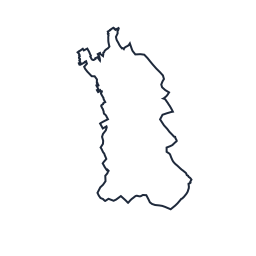 Kota Kediri, Jawa Timur, Indonesia, rotated 219°
{"feature_id": "22746128B79918158306090", "entity_name": "Kota Kediri", "entity_type": "district", "adm_level": 2, "iso_a3": "IDN", "parent_name": "Indonesia", "parent_adm1": "Jawa Timur", "projection": "albers", "projection_center": [112.028, -7.823], "detail": "fine", "context": "isolated", "style": "outline", "palette": "slate", "viewbox_px": 256, "rotation_deg": 219, "n_neighbors": 0, "source": "geoboundaries", "source_scale": "gbopen_adm2", "svg_char_len": 5669}
<svg xmlns="http://www.w3.org/2000/svg" viewBox="0 0 256 256"><g transform="rotate(219 128 128)"><path d="M105.3,56.3L102.6,57.1L101.6,56.9L99.9,56.9L99.8,57.0L98.6,60.7L93.4,62.4L92.2,64.9L90.7,70.6L84.8,70.3L83.7,70.2L82.8,70.1L82.1,70.0L81.5,69.9L80.9,69.9L80.8,70.9L80.7,73.1L80.6,74.1L80.4,75.4L80.1,76.5L79.8,77.8L79.6,78.8L79.3,79.8L78.9,80.5L78.4,81.0L77.7,81.3L76.9,81.7L76.1,82.1L75.5,82.6L75.0,83.4L74.6,84.5L74.3,85.3L71.5,87.3L67.1,85.4L64.2,84.0L61.5,84.1L58.5,85.2L55.0,87.5L52.4,89.0L49.6,90.0L43.7,91.7L42.5,97.4L42.1,100.6L42.0,104.3L42.0,106.5L41.7,106.9L41.4,107.6L41.4,108.5L41.2,109.6L41.2,110.7L41.2,112.2L41.2,113.3L41.3,114.4L41.4,115.2L41.6,116.1L42.0,117.2L42.4,118.1L42.6,118.8L42.8,119.2L42.8,119.3L43.2,119.9L43.3,120.1L43.8,120.7L43.9,120.9L45.8,122.6L45.9,122.8L45.7,123.1L45.2,123.8L45.0,124.7L45.0,124.8L45.6,124.9L45.7,125.1L45.8,125.6L46.0,126.7L46.1,127.3L46.2,127.8L47.7,128.2L48.3,128.3L49.0,128.3L49.9,128.2L50.4,128.3L51.2,128.7L51.5,128.6L52.2,128.5L52.7,128.4L52.9,128.5L54.0,129.2L54.5,129.4L55.0,129.5L55.8,129.5L56.3,129.5L56.7,129.5L57.5,129.5L58.1,129.5L58.9,129.5L60.4,129.4L61.5,129.5L62.4,129.5L63.2,129.6L64.6,129.7L66.1,129.8L67.8,129.8L69.3,129.9L71.1,130.2L72.2,130.5L73.4,131.0L76.3,132.5L78.1,133.6L78.6,133.8L79.0,134.0L79.5,134.1L80.0,134.1L83.0,133.8L85.7,137.1L83.8,140.4L82.7,142.8L82.7,143.7L82.5,144.8L82.3,146.6L82.1,147.3L81.9,148.4L82.0,148.6L82.2,148.8L82.5,149.0L82.9,149.2L83.9,149.6L84.4,149.8L84.8,150.0L85.1,150.2L85.4,150.5L85.5,150.6L85.8,150.8L86.0,150.7L86.3,150.6L87.0,150.2L88.4,150.5L93.4,151.1L97.0,152.0L101.7,152.7L108.5,154.9L109.5,160.0L107.2,163.7L104.6,167.5L103.4,168.9L105.4,169.8L106.8,170.4L108.9,171.2L109.4,171.4L111.2,171.9L112.8,172.5L114.0,172.8L116.7,173.6L117.7,173.7L118.1,173.5L119.0,173.2L118.9,173.4L118.2,176.8L118.2,178.8L118.5,181.5L122.9,180.9L127.1,181.1L129.5,182.7L130.5,185.9L130.9,188.7L133.9,190.8L138.4,191.5L143.4,192.0L148.8,192.9L152.7,193.7L156.8,194.6L161.5,195.2L164.8,193.2L168.6,189.8L172.7,190.7L174.0,191.3L179.5,194.7L179.8,194.9L179.7,193.9L179.3,193.7L179.3,193.3L179.8,192.2L179.8,191.9L180.8,189.6L181.1,188.6L181.1,187.8L181.1,187.5L180.9,186.7L181.8,186.8L182.3,186.8L182.8,186.5L182.9,186.1L184.6,186.4L185.8,186.7L187.2,187.2L188.7,187.9L189.9,188.4L191.8,189.1L192.8,189.7L194.7,191.2L195.6,195.0L197.2,196.8L197.2,197.8L197.9,199.6L198.3,199.7L198.4,199.3L198.9,198.3L199.5,197.0L199.3,196.8L199.5,196.4L200.6,196.8L201.3,196.8L201.3,196.6L201.8,196.8L202.5,196.7L203.7,192.9L203.4,192.7L203.8,191.8L204.0,191.1L204.1,190.9L204.4,190.2L203.4,189.5L202.5,189.1L202.7,188.6L202.8,188.4L202.2,188.0L201.4,187.7L200.7,186.4L200.5,186.1L200.0,185.6L198.2,183.4L197.2,182.4L195.3,180.8L193.7,179.6L193.7,178.5L193.8,177.0L194.3,175.8L194.7,173.5L194.6,173.0L194.5,172.7L194.3,172.0L194.3,171.8L194.5,171.3L194.6,171.0L194.5,170.8L193.6,169.8L193.5,169.5L193.2,169.0L192.7,168.2L196.2,168.1L197.0,168.7L197.5,167.7L197.6,167.2L198.0,166.4L197.1,166.0L196.7,166.2L194.8,165.1L193.6,164.2L193.2,163.8L193.0,163.5L192.5,163.2L192.2,162.7L192.7,162.8L193.9,163.2L194.9,163.4L196.2,163.9L196.3,163.6L196.8,162.7L197.3,161.6L196.8,161.2L197.5,159.2L198.6,158.6L199.7,158.7L201.5,159.5L202.3,159.8L202.3,160.1L202.2,160.4L202.2,160.6L202.4,160.9L203.1,161.1L204.5,161.8L205.5,162.4L205.9,162.6L207.3,163.2L208.2,163.5L208.9,163.8L209.6,164.1L210.3,162.6L210.8,161.4L211.2,160.5L213.0,161.1L213.3,160.1L214.1,157.1L214.3,157.1L214.4,156.8L214.8,155.1L214.1,155.0L213.9,155.0L213.5,155.1L211.9,154.5L211.7,154.3L211.8,153.8L210.7,153.5L210.8,152.9L210.7,152.7L210.6,152.1L210.4,151.8L210.2,151.6L209.9,151.7L209.6,151.6L209.0,151.6L208.6,151.2L208.7,150.9L208.1,150.7L208.0,150.1L208.1,149.7L207.4,149.5L207.3,149.4L206.4,149.1L207.0,147.4L206.1,146.9L205.6,146.7L205.3,147.2L205.0,147.8L204.7,147.6L204.0,149.1L203.5,150.5L202.9,151.8L202.7,152.2L203.1,152.4L202.6,153.5L200.4,152.1L200.6,148.0L198.5,147.0L195.1,146.2L188.8,145.4L186.5,147.2L182.7,146.2L180.7,143.5L180.1,143.1L179.9,143.6L179.6,143.4L179.2,143.2L178.8,143.0L178.0,142.7L177.7,142.5L178.0,141.7L179.0,141.8L179.2,141.5L178.9,141.4L179.0,141.0L178.4,140.8L175.4,139.5L176.0,137.9L175.0,137.5L173.8,137.1L173.4,137.9L173.4,138.0L173.5,138.3L173.7,138.8L173.4,139.9L172.0,139.3L171.5,140.1L171.4,140.1L171.2,139.8L171.1,139.4L171.0,139.0L171.0,138.7L171.1,138.4L170.8,137.9L170.7,137.8L170.6,137.7L170.4,137.6L170.2,137.6L169.4,137.2L168.3,136.8L167.4,136.4L166.7,136.2L166.1,136.0L165.4,135.3L165.0,135.1L164.2,134.7L162.0,133.8L162.8,131.9L162.8,131.6L162.4,130.9L163.0,129.0L162.9,128.6L162.7,128.3L162.6,128.2L162.4,128.0L162.1,127.9L161.7,127.8L160.8,127.3L160.5,127.2L160.2,127.1L159.7,127.0L159.6,126.9L159.4,126.8L159.2,126.6L158.7,126.4L158.4,126.1L157.9,125.9L157.4,125.5L157.2,125.4L157.0,125.2L156.8,125.0L156.7,124.8L155.9,124.2L155.5,124.0L155.0,124.0L154.3,124.1L153.2,123.9L152.9,123.8L152.3,123.6L151.5,123.2L150.7,122.9L150.0,122.6L149.6,122.4L149.1,122.2L149.4,121.5L149.6,121.0L149.7,120.9L150.1,119.9L150.3,119.6L150.6,118.8L150.8,118.4L151.1,117.7L151.4,117.0L152.2,114.9L152.4,114.3L152.5,113.9L151.2,113.4L147.3,111.8L147.0,112.6L146.4,114.0L146.2,114.6L146.1,114.8L146.0,115.2L145.8,115.7L145.0,115.2L143.8,112.2L143.7,107.6L142.6,104.8L139.2,102.4L137.5,99.9L137.0,95.6L135.7,95.2L132.3,93.6L131.7,93.4L130.9,93.3L129.9,92.9L128.9,92.2L127.7,91.6L125.4,90.3L125.4,90.2L125.4,89.3L125.5,86.2L125.4,85.3L125.4,84.6L122.2,83.3L122.1,83.2L118.5,82.1L118.1,82.0L118.0,82.7L117.8,82.7L116.8,82.6L116.1,82.5L116.0,81.3L115.5,79.7L115.6,76.6L112.0,72.5L111.7,68.1L112.2,64.4L110.9,58.4L108.2,57.1L105.3,56.3Z" fill="none" stroke="#1e293b" stroke-width="2"/></g></svg>